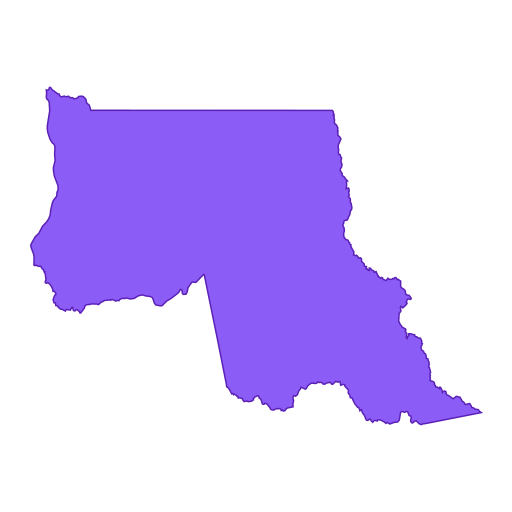 Nova Mamoré, Rondônia, Brazil (Equal Earth projection)
{"feature_id": "56859067B93107940497000", "entity_name": "Nova Mamoré", "entity_type": "district", "adm_level": 2, "iso_a3": "BRA", "parent_name": "Brazil", "parent_adm1": "Rondônia", "projection": "equal_earth", "projection_center": [-64.544, -10.405], "detail": "fine", "context": "isolated", "style": "filled", "palette": "violet", "viewbox_px": 512, "rotation_deg": 0, "n_neighbors": 0, "source": "geoboundaries", "source_scale": "gbopen_adm2", "svg_char_len": 5994}
<svg xmlns="http://www.w3.org/2000/svg" viewBox="0 0 512 512"><path d="M481.3,412.6L479.8,411.6L478.2,409.6L474.9,409.1L473.8,408.0L471.7,407.4L471.2,405.9L469.7,403.5L465.3,404.5L463.7,402.1L462.3,401.3L460.1,397.3L456.3,396.3L453.2,398.8L448.4,395.4L447.3,395.1L446.4,394.2L445.8,391.5L444.7,391.0L443.2,391.4L442.5,392.4L441.9,389.8L440.5,387.3L439.7,387.3L439.5,388.6L437.2,387.1L435.8,387.0L435.5,385.6L434.5,384.9L434.5,383.1L433.5,381.7L430.0,380.5L430.4,378.3L429.9,377.0L430.4,375.7L429.9,373.8L430.6,372.5L429.4,367.6L428.7,367.0L429.2,364.3L428.9,361.8L428.3,360.9L428.0,358.9L426.3,358.3L426.0,355.1L425.2,353.6L424.1,353.0L423.5,351.2L421.7,350.1L420.9,347.6L422.4,343.5L421.6,343.2L421.8,341.0L420.4,338.2L418.1,337.9L416.8,336.8L415.0,336.4L414.7,334.9L409.9,333.6L408.6,333.8L408.9,335.2L407.4,337.1L407.1,338.5L406.2,337.7L406.8,333.9L405.3,331.1L405.9,329.8L405.5,328.9L401.9,327.0L401.6,326.0L400.3,324.6L398.7,321.0L399.1,313.6L400.9,311.1L400.4,308.0L400.6,306.5L401.6,306.6L402.7,307.9L403.6,307.2L406.4,304.5L407.1,303.1L406.2,302.2L407.4,299.3L408.5,299.0L410.7,299.4L411.2,298.2L409.3,295.5L406.6,294.8L405.9,294.2L405.0,290.3L402.7,288.4L401.8,288.2L400.9,286.9L400.6,285.7L400.7,281.1L397.9,279.2L397.2,279.6L395.8,277.5L394.6,277.7L393.7,278.8L392.8,278.5L392.1,279.2L390.8,279.4L388.8,279.2L387.9,278.2L386.2,280.6L383.1,279.3L382.6,278.0L381.7,277.4L380.5,278.3L379.3,277.0L378.1,276.7L378.1,275.5L377.4,274.7L376.1,271.6L374.2,272.3L373.8,270.9L371.4,269.8L370.6,268.3L369.3,268.0L369.3,270.4L368.4,270.4L367.2,268.9L365.9,268.9L366.5,266.7L364.5,266.2L364.1,263.8L361.7,261.6L361.4,258.6L360.5,257.8L358.4,258.0L357.9,256.5L356.4,255.2L355.6,255.7L353.5,254.9L353.8,253.9L353.8,251.8L351.1,247.0L350.9,244.7L349.9,244.4L349.7,242.9L348.9,242.2L348.0,240.2L345.8,239.5L344.1,237.2L343.7,235.7L343.7,233.2L344.4,230.8L344.0,227.6L343.1,226.5L342.9,224.7L343.7,223.4L343.6,222.2L344.2,220.9L346.1,220.0L346.8,220.3L348.0,218.8L348.2,217.8L349.9,214.3L350.4,210.7L351.4,210.0L351.9,207.9L351.2,203.6L350.4,202.3L350.3,198.7L348.6,196.9L349.2,195.2L348.6,191.8L349.2,191.2L349.0,188.8L348.4,188.0L346.2,188.8L346.6,185.7L346.5,181.3L347.5,181.0L345.2,178.5L344.6,177.2L342.7,175.9L342.0,174.6L342.2,173.5L340.1,170.3L340.5,168.6L341.5,167.2L342.0,164.2L340.9,161.5L341.6,157.9L340.9,157.1L340.0,154.5L339.1,154.5L338.4,153.0L338.7,149.2L338.2,147.9L338.2,145.3L340.9,139.0L340.1,137.3L337.7,135.0L338.0,133.1L337.5,132.1L338.1,131.1L337.5,130.1L337.9,128.0L336.4,124.9L334.4,123.3L334.5,119.4L333.9,118.7L334.2,117.4L334.0,116.3L333.3,115.4L334.2,114.9L333.6,113.8L333.1,111.4L332.3,110.4L90.8,110.3L89.3,105.2L86.7,103.0L85.9,99.2L83.4,96.6L81.4,96.1L78.6,96.5L77.5,97.9L74.2,99.0L72.7,97.7L70.0,97.6L68.5,96.2L66.3,96.8L64.7,96.2L63.2,96.3L61.6,97.0L59.7,95.8L59.2,94.0L57.7,93.8L52.0,89.6L50.6,87.5L49.5,87.4L48.7,89.6L47.4,90.3L46.3,89.9L46.6,93.1L46.3,97.5L46.9,99.0L48.3,100.4L49.2,102.2L49.7,110.8L47.3,125.8L47.3,129.2L47.8,132.5L49.9,138.9L52.0,142.5L54.1,144.4L55.0,146.6L54.6,154.2L55.1,160.5L53.4,167.7L53.4,170.2L54.3,175.9L58.0,185.7L58.1,189.8L57.0,192.3L56.7,196.1L53.2,200.7L52.3,203.2L50.7,210.2L50.1,215.2L48.8,218.5L46.9,221.6L42.5,226.3L38.8,233.3L35.2,236.8L31.4,243.6L30.7,245.5L31.3,248.0L33.8,254.6L34.1,257.6L33.9,265.0L34.9,265.7L36.1,265.1L38.3,266.3L40.8,266.3L42.1,268.8L43.2,269.3L44.0,271.4L44.8,271.6L44.4,272.6L45.3,273.9L46.0,280.3L45.3,281.1L45.3,282.7L46.4,283.3L47.4,282.7L49.3,283.6L51.2,286.1L52.4,288.5L53.1,291.4L54.1,291.2L55.7,293.1L55.9,294.3L54.6,295.4L53.1,299.7L54.0,302.8L55.4,302.9L55.8,305.6L57.7,305.9L58.2,307.2L60.4,309.1L62.5,309.5L65.4,311.1L66.3,309.5L70.4,310.1L71.7,307.6L72.8,307.4L73.2,310.0L73.9,310.8L75.1,310.9L76.1,309.8L77.2,309.7L79.6,311.9L79.9,312.9L80.7,313.0L84.5,307.9L84.7,306.3L86.3,304.7L89.5,304.5L91.7,303.9L97.1,304.1L98.5,304.6L101.6,301.8L102.7,301.7L104.4,300.5L109.6,299.9L110.6,300.3L111.6,299.6L112.6,299.6L115.9,301.1L116.8,300.5L118.9,300.7L120.3,299.0L123.2,298.3L124.7,298.6L126.3,297.9L130.1,299.0L134.3,298.4L138.1,295.9L142.5,294.9L145.5,295.9L150.2,296.5L151.7,297.2L152.6,297.9L154.4,303.1L155.7,304.9L160.6,305.9L162.2,305.6L166.6,301.1L171.3,298.3L177.7,293.3L179.1,291.9L180.5,289.4L181.7,289.9L182.1,290.7L182.4,293.6L183.3,294.4L186.0,294.2L187.2,291.9L188.0,287.7L191.7,282.4L192.7,282.0L195.9,282.4L203.6,274.4L204.3,275.0L204.6,276.4L217.7,340.5L226.5,384.9L226.5,386.0L226.9,387.0L228.6,388.2L231.8,393.9L232.8,393.5L233.5,394.7L234.3,394.2L236.5,395.5L237.2,396.6L238.0,396.7L238.2,398.0L240.2,397.9L242.5,398.7L242.7,399.8L244.1,401.6L246.8,401.0L248.2,401.7L251.6,401.2L253.5,399.8L253.4,398.7L254.8,397.1L257.8,395.6L258.6,395.9L259.1,397.9L261.0,399.4L262.3,403.8L263.1,404.3L264.1,404.2L264.7,403.3L266.7,403.8L269.2,406.7L270.8,409.3L271.9,409.9L273.7,410.0L276.8,408.5L277.8,408.9L279.4,408.5L280.7,409.2L281.2,410.5L282.4,410.0L283.3,411.1L285.0,410.6L286.5,408.6L287.5,408.0L293.1,406.8L292.9,403.9L293.6,400.7L292.9,397.7L293.5,395.7L295.6,396.2L297.4,394.7L298.8,390.9L300.5,388.8L301.1,387.2L305.5,389.2L306.6,388.0L307.8,385.7L310.7,383.5L311.7,383.1L315.7,383.5L316.8,383.1L317.8,381.9L318.9,382.5L321.1,382.4L322.3,383.0L323.0,384.0L324.9,384.2L326.0,383.2L330.1,382.3L331.8,384.2L332.7,384.3L335.7,381.4L338.0,382.2L339.0,381.6L340.0,381.6L340.7,385.2L343.8,384.3L344.7,384.7L344.9,386.2L348.5,390.2L348.2,393.0L349.9,395.3L350.3,397.7L351.9,397.8L354.7,403.6L357.5,407.2L359.0,407.9L359.9,410.8L361.5,409.7L362.4,412.8L364.4,415.4L365.9,419.3L366.7,420.3L367.9,420.4L369.5,419.0L370.5,419.5L371.1,420.7L372.7,422.3L373.7,421.0L375.0,420.4L377.3,421.0L377.8,419.8L380.6,420.0L384.0,421.8L386.0,423.4L387.2,422.5L389.9,424.0L394.2,422.4L397.6,422.0L399.3,420.1L400.6,412.2L402.0,411.5L404.8,412.3L406.0,411.5L407.7,411.7L409.1,415.5L410.9,416.2L411.2,417.9L410.6,420.4L411.0,422.0L412.0,423.0L413.5,422.4L414.5,421.1L416.4,421.0L419.1,423.7L421.4,424.6L423.7,423.6L424.8,423.7L481.3,412.6Z" fill="#8b5cf6" stroke="#5b21b6" stroke-width="1.5"/></svg>